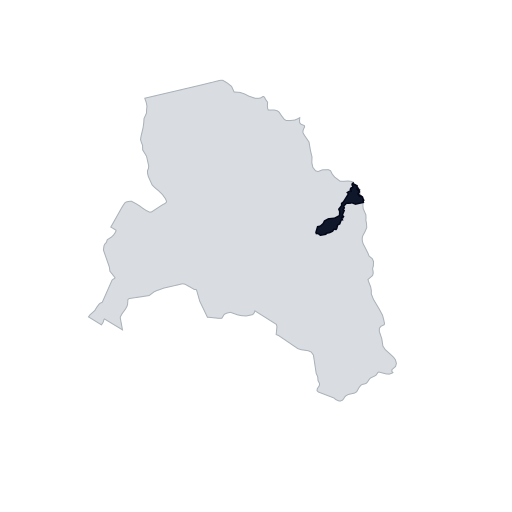 Nzara, Western Equatoria, South Sudan (highlighted), rotated 212°
{"feature_id": "79223893B44878437184267", "entity_name": "Nzara", "entity_type": "district", "adm_level": 2, "iso_a3": "SSD", "parent_name": "South Sudan", "parent_adm1": "Western Equatoria", "projection": "albers", "projection_center": [28.083, 5.312], "detail": "fine", "context": "in_parent", "style": "filled", "palette": "ink", "viewbox_px": 512, "rotation_deg": 212, "n_neighbors": 0, "source": "geoboundaries", "source_scale": "gbopen_adm2", "svg_char_len": 6303}
<svg xmlns="http://www.w3.org/2000/svg" viewBox="0 0 512 512"><g transform="rotate(212 256 256)"><path d="M392.8,372.3L379.9,385.6L378.9,386.4L377.3,387.4L372.0,387.5L366.6,386.9L361.5,383.5L356.4,386.2L353.2,387.0L351.2,387.4L346.7,387.8L340.3,389.3L337.4,391.1L335.8,392.5L334.6,395.0L333.9,395.3L332.7,395.0L331.1,394.0L327.6,392.5L325.9,389.3L324.3,387.3L323.0,386.3L317.6,389.6L314.9,390.4L312.8,390.3L308.8,388.5L304.5,386.9L302.2,386.9L298.9,388.9L295.1,391.9L293.1,394.8L292.2,396.5L290.8,393.8L289.6,392.2L287.7,391.6L284.1,392.2L283.2,391.3L283.0,389.0L282.5,387.0L281.5,385.4L278.7,383.9L271.5,380.8L265.9,374.5L263.0,371.6L261.0,369.7L258.1,364.7L254.8,361.3L250.7,359.8L248.1,360.5L245.4,364.2L240.3,367.6L237.9,367.8L234.9,365.9L231.1,364.6L224.3,364.0L221.5,365.6L217.8,368.3L214.7,369.8L212.7,370.0L210.9,369.4L208.9,369.1L207.1,369.0L203.5,366.6L201.6,364.9L200.3,363.2L198.3,362.0L195.9,361.0L194.1,359.5L193.3,357.6L191.9,355.2L190.2,353.0L184.6,349.1L183.0,346.8L181.8,344.6L179.5,342.1L177.1,338.7L176.4,333.9L176.2,330.0L175.7,328.1L174.7,326.3L173.5,324.8L171.6,323.1L167.1,320.5L162.4,317.6L160.2,315.9L155.9,315.3L153.4,313.6L151.3,309.9L150.4,307.0L148.3,304.7L147.3,303.1L146.8,301.2L148.6,295.4L146.1,293.3L142.4,290.6L139.8,287.7L138.2,285.0L133.5,281.5L123.2,276.2L117.3,272.8L114.0,269.7L111.2,266.8L110.9,265.6L112.8,262.6L113.1,260.2L111.6,257.5L105.4,252.4L100.6,246.8L96.8,245.1L87.9,243.5L85.3,242.9L82.7,241.8L80.0,239.3L79.1,236.3L80.5,231.6L79.6,230.1L78.1,229.7L78.6,228.7L80.3,226.5L83.0,225.0L90.4,222.7L90.9,221.8L91.0,218.8L91.6,217.4L94.2,213.3L94.6,211.7L94.7,208.2L95.0,206.6L95.8,205.4L97.8,203.4L98.5,202.2L98.9,199.5L98.7,194.2L99.7,192.1L104.4,187.4L105.6,185.3L106.1,183.3L106.0,181.4L106.3,179.5L107.7,177.6L108.9,177.0L112.3,176.5L114.6,176.9L131.0,173.7L132.9,174.1L133.7,176.0L133.6,179.1L133.9,180.6L134.8,181.7L137.4,183.2L139.2,185.7L140.1,186.6L142.7,188.3L154.8,202.4L158.3,203.8L161.6,203.3L168.2,200.4L171.5,199.6L194.6,200.5L197.2,200.1L197.3,200.1L200.8,207.2L202.5,208.8L227.9,208.9L227.4,206.9L227.7,204.6L232.1,200.3L232.8,199.8L236.7,197.7L240.5,196.3L247.8,194.7L250.5,192.1L252.0,189.7L252.0,185.1L253.0,184.4L254.8,183.3L263.2,179.2L264.7,178.3L279.7,187.8L288.1,195.4L288.7,195.7L289.1,195.9L289.5,195.6L289.9,195.2L290.9,194.9L294.5,194.8L301.4,194.4L303.6,193.5L317.2,179.9L320.6,175.5L321.5,174.6L323.5,171.5L325.5,166.2L325.9,165.6L340.8,152.9L341.4,151.9L341.5,151.1L339.2,146.8L338.7,144.7L338.6,141.3L339.0,136.2L338.8,132.9L338.6,132.0L338.5,131.8L330.1,122.6L351.2,122.3L351.2,121.2L351.1,120.8L350.7,119.7L350.5,118.2L350.5,117.4L350.6,116.6L350.6,116.2L350.5,115.8L350.6,115.7L365.8,115.6L365.6,118.2L363.8,124.4L363.9,128.1L363.5,132.4L363.0,133.6L362.2,134.7L361.9,135.2L361.9,135.6L365.3,159.3L365.0,160.3L364.2,161.8L364.0,162.3L364.0,162.7L364.3,163.0L371.3,165.5L371.7,165.6L371.9,165.8L374.5,168.9L388.3,180.0L388.8,180.6L390.3,184.1L390.4,184.6L390.5,185.5L390.5,186.2L390.1,188.3L390.3,189.2L390.5,189.9L390.7,190.6L390.7,190.8L390.6,191.4L388.6,195.5L387.9,198.4L387.8,200.8L387.9,202.3L388.1,203.2L388.3,203.5L388.5,203.7L394.5,203.6L394.5,204.9L395.5,226.4L395.5,228.9L395.3,231.9L394.6,233.1L392.9,234.8L390.8,236.4L385.5,236.8L381.0,236.8L377.8,236.5L373.5,236.4L369.4,236.8L367.9,238.1L362.6,249.6L360.9,252.5L360.5,254.1L361.0,255.1L363.2,256.6L367.8,258.5L373.1,259.7L377.1,260.2L379.8,260.7L381.9,261.3L389.5,266.4L391.9,268.8L393.3,271.0L393.6,273.2L394.7,275.5L401.7,282.6L408.3,285.9L410.8,289.7L413.3,291.5L415.6,293.5L416.9,296.5L419.8,305.1L421.8,309.5L423.8,313.2L424.6,319.2L426.2,321.9L427.8,325.2L430.5,328.1L433.3,330.3L433.9,330.9L405.7,359.3L392.8,372.3Z" fill="#d9dde1" stroke="#a8b0b8" stroke-width="1"/><path d="M216.7,307.0L215.1,308.0L212.4,307.7L208.3,311.4L208.3,312.6L205.9,314.9L204.2,317.6L204.2,319.9L202.2,320.9L202.1,322.0L203.2,325.7L202.0,327.6L202.9,331.7L201.9,332.5L203.7,333.7L202.7,334.6L203.5,335.0L202.8,335.8L204.5,336.5L205.3,341.3L206.8,341.5L206.6,343.6L208.1,344.7L207.3,348.6L204.1,350.7L202.9,352.0L199.1,352.7L193.5,358.2L193.8,358.3L193.9,358.5L193.9,358.9L193.9,359.0L194.0,359.2L194.1,359.3L194.2,359.5L194.3,359.6L194.3,359.8L194.4,360.0L194.6,360.1L194.6,360.3L194.4,360.4L194.3,360.5L194.6,360.7L194.8,360.7L195.1,360.8L195.2,361.0L195.3,361.1L195.5,361.1L195.8,361.1L196.0,361.4L195.9,361.4L195.9,361.5L196.1,361.6L196.3,361.8L196.4,362.0L196.5,362.1L196.7,362.3L196.9,362.4L197.0,362.3L197.3,362.4L197.5,362.5L197.9,362.5L198.0,362.4L198.1,362.5L198.3,362.6L198.5,362.5L198.8,362.6L199.0,362.5L199.0,362.4L199.1,362.2L199.1,361.9L199.4,361.8L199.5,362.0L199.9,362.2L200.0,362.2L200.2,362.3L200.3,362.4L200.4,362.2L200.5,362.2L200.6,362.3L200.8,362.3L200.8,362.2L200.9,362.3L201.0,362.4L201.4,362.4L201.5,362.4L201.6,362.6L201.8,362.6L202.0,362.6L202.2,362.4L202.3,362.4L202.4,362.5L202.5,362.6L202.4,362.8L202.4,363.0L202.3,363.3L202.2,363.3L202.3,363.5L202.2,363.6L202.2,363.9L202.3,364.1L202.2,364.2L202.2,364.3L202.2,364.6L202.3,364.8L202.2,364.9L202.2,365.0L202.3,365.0L202.5,365.2L202.5,365.3L202.6,365.6L202.8,365.6L203.0,365.7L203.1,365.9L203.2,366.0L203.3,366.1L203.3,366.3L203.4,366.5L203.5,366.6L203.4,366.8L203.5,366.8L203.8,366.7L203.8,366.4L203.9,366.2L204.0,366.1L204.3,366.1L204.7,365.9L204.8,366.0L204.8,366.3L204.9,366.2L205.1,366.2L205.2,366.4L205.2,366.5L205.3,366.4L205.3,366.1L205.6,366.1L205.6,366.3L205.7,366.5L205.8,366.6L205.6,366.8L205.4,367.0L205.3,367.3L205.5,367.4L205.6,367.5L205.8,367.6L206.0,367.6L206.3,367.7L206.3,367.8L206.5,367.8L206.7,368.1L206.8,368.2L206.9,368.3L207.0,368.3L207.2,368.5L207.3,368.6L207.5,368.8L207.6,369.0L207.7,368.9L207.8,368.9L208.0,368.8L208.3,369.0L208.5,369.0L208.8,369.0L208.9,368.9L209.0,368.9L209.2,369.0L209.3,369.0L209.4,368.9L209.5,368.9L209.5,368.7L209.8,368.8L210.0,368.7L210.3,368.7L210.4,368.8L210.5,368.8L210.6,368.7L210.8,368.6L211.0,368.7L211.3,368.7L211.5,368.7L211.8,368.8L212.0,368.9L212.3,368.8L212.4,369.1L212.7,368.6L212.3,367.3L210.6,366.1L210.3,365.3L211.4,364.2L211.4,362.6L210.4,362.3L209.7,361.4L210.8,360.9L212.2,358.2L210.5,357.7L210.5,348.2L211.3,346.0L210.1,344.1L210.6,339.6L208.5,338.0L206.6,334.5L209.4,329.7L214.3,325.9L216.5,322.0L216.2,319.1L217.3,315.4L219.3,313.5L217.7,307.8L216.7,307.0Z" fill="#0f172a" stroke="#020617" stroke-width="1.5"/></g></svg>